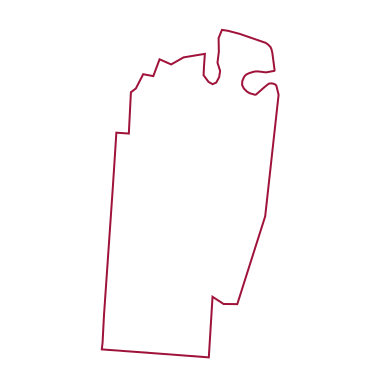 Jefferson, Mississippi, United States of America (Mercator projection), rotated 94°
{"feature_id": "52423323B23830846230255", "entity_name": "Jefferson", "entity_type": "district", "adm_level": 2, "iso_a3": "USA", "parent_name": "United States of America", "parent_adm1": "Mississippi", "projection": "mercator", "projection_center": [-91.21, 31.74], "detail": "fine", "context": "isolated", "style": "outline", "palette": "rose", "viewbox_px": 384, "rotation_deg": 94, "n_neighbors": 0, "source": "geoboundaries", "source_scale": "gbopen_adm2", "svg_char_len": 927}
<svg xmlns="http://www.w3.org/2000/svg" viewBox="0 0 384 384"><g transform="rotate(94 192 192)"><path d="M53.3,188.8L58.3,209.8L66.2,221.7L61.9,233.6L79.1,238.7L77.9,248.9L92.6,255.2L96.8,259.9L138.1,259.1L138.1,271.6L151.9,271.5L192.8,271.3L320.8,271.2L348.6,270.7L355.3,271.0L355.5,217.5L355.8,163.7L295.1,164.2L301.5,152.7L300.7,139.0L259.4,129.0L211.2,117.3L89.0,112.4L80.5,115.1L79.4,115.8L78.8,116.8L78.1,119.2L78.2,121.4L78.5,122.7L79.3,123.8L82.2,126.9L90.3,134.9L90.6,135.9L89.4,141.5L87.9,144.3L85.1,147.5L81.7,149.5L78.0,149.6L74.1,148.3L72.2,147.2L71.2,146.2L69.8,144.0L68.3,140.4L67.4,137.7L67.1,134.6L67.5,126.5L65.4,118.3L64.7,118.1L47.9,121.5L44.3,122.6L41.9,123.8L39.5,126.5L38.1,128.9L30.9,155.6L28.7,167.3L28.2,173.4L36.6,176.2L50.3,175.0L53.6,175.2L61.2,175.6L69.2,172.4L75.5,172.9L81.2,175.5L83.0,179.0L81.0,183.2L74.7,188.6L66.2,188.8L53.3,188.8Z" fill="none" stroke="#9f1239" stroke-width="2"/></g></svg>